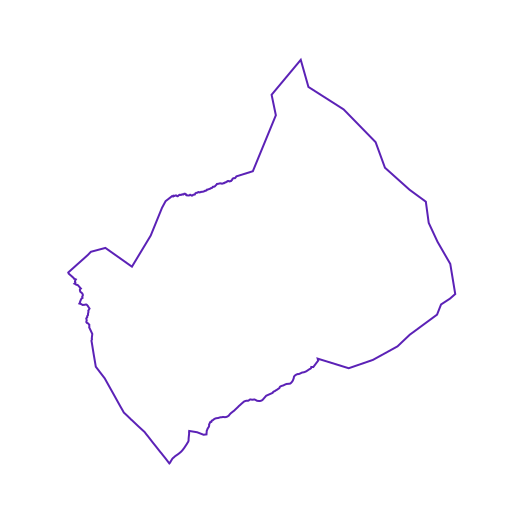 Bayan-Uul, Dornod, Mongolia (orthographic projection), rotated 255°
{"feature_id": "93677404B89192835653586", "entity_name": "Bayan-Uul", "entity_type": "district", "adm_level": 2, "iso_a3": "MNG", "parent_name": "Mongolia", "parent_adm1": "Dornod", "projection": "orthographic", "projection_center": [112.71, 49.077], "detail": "fine", "context": "isolated", "style": "outline", "palette": "violet", "viewbox_px": 512, "rotation_deg": 255, "n_neighbors": 0, "source": "geoboundaries", "source_scale": "gbopen_adm2", "svg_char_len": 5713}
<svg xmlns="http://www.w3.org/2000/svg" viewBox="0 0 512 512"><g transform="rotate(255 256 256)"><path d="M405.7,350.4L433.9,350.0L407.7,312.8L386.8,311.6L338.7,274.9L338.0,257.7L336.8,256.2L336.6,255.7L336.8,255.3L336.9,254.7L337.0,254.3L336.9,253.9L336.7,253.7L336.6,253.3L336.4,253.1L336.1,252.9L335.8,252.6L335.7,252.5L335.5,252.3L335.5,252.1L335.4,251.9L335.3,251.7L335.1,251.6L335.0,251.4L334.9,251.3L335.0,250.9L334.9,250.5L334.8,250.1L334.8,249.9L334.9,249.7L335.2,249.5L335.3,249.3L335.4,249.1L335.4,248.9L335.7,248.5L335.7,248.3L335.7,248.0L335.5,247.8L335.5,247.7L335.5,247.3L335.4,247.1L335.2,246.9L335.2,246.6L335.1,246.4L335.0,246.1L335.1,245.5L335.0,245.1L335.0,244.9L334.8,244.7L334.7,244.6L334.7,244.3L334.7,244.0L334.8,243.8L334.6,243.6L334.7,243.0L334.6,242.3L334.6,242.1L334.7,241.8L334.9,241.6L334.9,241.2L335.0,241.0L335.1,240.9L335.3,240.7L335.5,240.1L335.5,239.7L335.5,239.1L335.5,238.4L335.6,237.4L335.7,236.9L335.5,236.7L335.2,236.4L335.0,236.1L334.6,235.3L334.3,234.8L334.1,234.6L333.9,234.2L333.8,233.8L333.8,233.5L333.8,233.1L334.0,232.7L334.0,232.4L334.0,232.2L333.8,231.9L333.6,231.8L333.3,231.3L333.2,231.1L333.1,230.6L333.2,230.1L333.2,229.9L333.1,229.5L332.9,229.3L332.8,228.7L332.8,228.4L332.8,228.2L332.8,227.8L332.7,227.6L332.7,226.9L332.7,226.7L332.7,226.2L332.8,225.9L332.6,225.5L332.3,225.4L332.2,225.2L332.2,224.7L332.0,224.3L332.1,224.1L332.1,223.7L332.2,223.4L332.1,223.1L332.0,222.8L331.9,222.5L331.8,222.3L331.8,222.1L331.9,221.1L331.9,220.8L332.0,220.1L332.2,219.7L332.0,219.2L332.1,218.9L332.1,218.7L332.0,218.3L332.0,218.0L332.2,217.7L332.3,217.5L332.4,217.4L332.6,217.2L332.7,216.7L332.4,216.2L332.3,215.4L332.4,214.8L332.5,214.6L332.4,214.4L332.3,214.1L332.2,213.9L332.2,213.7L331.7,213.2L331.4,213.0L331.2,212.8L331.2,212.5L331.3,212.2L331.4,211.5L331.4,211.3L331.3,210.9L331.1,210.6L330.9,210.3L330.9,210.0L330.9,209.7L331.0,209.5L331.1,209.3L331.6,208.9L332.0,208.7L332.2,208.2L332.0,207.8L331.9,207.5L331.8,207.2L331.9,206.7L332.0,206.3L332.0,206.2L332.3,205.4L332.4,205.2L332.5,205.0L332.6,204.8L332.6,204.6L332.8,204.4L333.1,204.5L333.4,204.6L333.6,204.5L333.7,204.1L333.9,203.9L334.2,203.8L334.5,203.6L334.6,203.4L334.6,203.0L334.7,202.8L334.7,202.6L334.5,202.4L334.3,202.1L334.2,201.7L334.2,201.4L334.4,201.1L334.7,200.8L334.7,200.6L334.5,200.1L334.4,199.8L334.4,199.6L334.5,199.2L334.5,198.9L334.7,198.7L334.8,198.5L334.9,198.3L334.9,198.2L334.7,197.9L334.7,197.7L334.7,197.1L334.3,196.5L334.1,196.1L334.0,195.9L334.0,195.7L334.2,195.3L334.3,195.2L334.5,195.1L335.1,194.7L335.3,194.2L335.2,193.6L335.1,193.1L335.1,192.7L335.3,192.3L335.5,192.2L335.3,191.8L335.0,191.7L334.9,191.5L334.9,191.4L335.0,191.1L335.2,190.7L335.6,190.5L332.4,182.9L326.9,177.7L303.0,159.6L277.8,133.4L302.8,112.6L302.8,97.6L300.5,93.8L288.7,70.4L287.5,70.5L281.9,74.2L281.2,74.3L281.1,74.5L280.0,75.9L279.5,75.3L278.4,74.6L278.1,74.5L277.4,74.7L276.9,74.6L276.3,73.5L275.8,74.1L275.1,74.6L274.8,75.0L274.6,75.2L274.3,76.0L273.9,76.4L269.9,78.4L269.6,77.6L269.3,77.3L268.9,77.1L267.1,77.0L266.8,77.1L265.8,77.9L264.8,78.5L264.4,78.6L263.3,78.7L262.7,78.5L262.3,78.2L262.1,77.9L261.7,77.6L261.3,77.6L260.4,77.6L260.2,77.0L260.0,76.4L258.9,75.4L257.3,74.2L256.8,74.1L255.8,73.1L254.8,74.7L254.3,75.2L253.6,75.8L253.3,77.5L253.2,77.9L253.2,79.2L253.0,79.6L252.7,79.9L251.2,80.7L250.9,80.7L248.3,81.6L246.5,79.8L245.3,79.7L244.5,79.2L243.6,78.7L242.5,78.5L241.5,77.3L240.5,77.1L239.7,75.9L237.6,75.8L236.2,75.0L235.2,75.3L235.0,75.7L234.4,76.3L232.7,77.2L231.9,76.9L231.1,76.8L230.3,76.4L223.1,77.7L218.8,76.0L218.2,76.1L216.7,75.1L215.1,75.0L202.3,73.7L200.1,73.5L190.5,72.6L185.7,74.6L184.9,74.9L177.0,78.2L165.5,81.1L160.0,82.5L157.6,83.1L155.2,83.7L152.8,84.3L149.6,85.1L146.4,85.9L145.6,86.1L143.0,86.8L139.9,87.6L139.0,87.8L137.6,88.7L134.2,90.8L132.8,91.6L131.4,92.5L130.5,92.9L129.6,93.6L122.4,98.0L116.9,101.5L114.9,102.8L112.2,103.9L110.0,104.9L106.2,106.5L102.6,108.0L98.3,109.9L91.3,112.9L89.9,113.6L88.2,114.3L83.9,116.2L78.1,118.6L78.7,119.6L79.2,120.0L80.0,120.8L81.8,122.7L82.4,123.7L82.8,124.7L83.2,125.3L83.8,126.7L84.1,127.6L84.7,129.3L85.4,131.0L86.4,133.1L87.5,134.8L89.2,137.0L91.5,139.6L92.1,140.3L93.0,141.2L94.2,142.5L95.2,143.1L96.9,143.6L98.8,144.3L101.1,145.2L102.0,145.5L103.3,145.8L104.3,146.2L101.0,153.5L96.9,159.1L96.5,162.0L99.7,163.1L100.1,163.3L101.0,164.1L101.7,164.5L102.5,165.4L103.3,166.3L104.4,166.9L105.5,167.1L106.1,167.8L106.7,168.2L107.4,168.8L107.3,169.9L108.4,170.6L108.5,171.6L108.8,172.3L109.3,173.4L109.6,174.8L109.5,176.4L109.3,177.5L109.4,178.8L109.4,180.0L109.1,181.3L109.1,182.4L108.7,183.4L108.4,184.1L108.2,185.3L108.3,186.7L108.8,188.3L109.8,189.6L110.6,190.9L110.9,191.6L111.9,193.9L112.3,195.0L112.7,195.6L114.8,199.5L115.5,200.6L116.1,201.9L117.1,203.8L117.9,205.5L118.5,206.7L118.7,208.2L118.6,209.9L118.2,210.7L118.3,211.5L118.9,212.8L118.9,213.5L118.5,214.3L118.0,215.7L117.9,217.2L117.2,218.2L115.9,219.5L115.4,220.7L114.9,222.2L114.9,223.5L115.1,224.6L115.5,225.4L118.4,229.7L119.4,236.1L119.6,236.8L120.1,237.2L120.5,238.1L120.6,239.2L121.0,240.1L121.4,241.7L121.9,243.0L122.3,244.3L123.3,245.1L123.7,245.8L123.9,247.5L123.9,248.8L124.3,250.7L124.5,252.4L124.2,254.0L123.9,255.9L124.2,256.7L125.0,258.0L126.1,259.3L127.2,260.1L128.2,260.8L129.5,261.4L130.3,262.3L130.9,263.8L131.2,265.5L130.9,266.8L131.1,268.4L131.5,270.2L131.3,272.3L131.5,274.2L131.9,275.6L132.5,277.3L132.8,278.2L133.1,279.5L133.5,280.2L134.5,280.7L133.9,282.6L138.9,289.0L140.9,289.0L123.6,316.5L125.4,342.1L132.1,369.3L140.2,384.2L152.5,415.7L161.3,422.2L164.6,432.3L167.7,438.6L198.1,441.6L222.8,435.0L243.3,431.4L264.5,434.1L280.2,421.5L307.9,403.4L335.0,401.0L374.9,378.6L405.7,350.4Z" fill="none" stroke="#5b21b6" stroke-width="2"/></g></svg>